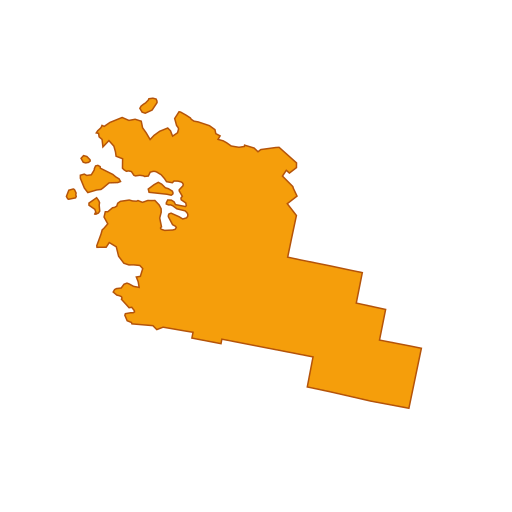 Hancock, Maine, United States of America, rotated 112°
{"feature_id": "52423323B62480653230445", "entity_name": "Hancock", "entity_type": "district", "adm_level": 2, "iso_a3": "USA", "parent_name": "United States of America", "parent_adm1": "Maine", "projection": "orthographic", "projection_center": [-68.461, 44.676], "detail": "fine", "context": "isolated", "style": "filled", "palette": "amber", "viewbox_px": 512, "rotation_deg": 112, "n_neighbors": 0, "source": "geoboundaries", "source_scale": "gbopen_adm2", "svg_char_len": 3988}
<svg xmlns="http://www.w3.org/2000/svg" viewBox="0 0 512 512"><g transform="rotate(112 256 256)"><path d="M339.9,57.2L279.6,68.1L281.6,78.9L287.7,110.0L257.0,115.8L262.1,145.4L231.6,151.2L233.9,163.8L237.2,182.7L238.4,189.1L242.9,212.9L245.2,226.2L224.9,229.9L203.3,233.7L195.8,246.6L185.1,240.4L179.4,246.6L177.8,247.9L172.0,261.4L165.2,260.0L166.6,256.1L158.9,251.6L154.5,253.3L146.6,275.3L148.0,278.3L155.5,291.4L158.6,293.2L156.6,298.2L157.5,308.1L158.8,307.8L161.6,312.5L163.3,320.2L162.0,325.7L161.5,329.6L162.1,334.9L158.1,334.3L157.6,339.1L154.2,341.4L152.6,348.0L153.3,359.4L153.3,359.7L154.2,364.1L153.7,366.4L153.5,367.3L152.6,368.5L151.6,373.6L150.8,379.8L151.1,381.4L159.0,382.9L164.8,378.5L166.1,376.3L167.2,375.4L171.1,374.9L176.1,378.2L174.2,380.1L172.0,382.1L170.4,385.8L176.4,392.0L182.3,395.7L187.7,397.8L183.0,403.9L179.6,409.2L174.0,412.9L174.5,419.3L177.9,424.6L177.7,432.0L186.8,441.4L192.7,445.3L192.6,447.7L194.3,447.7L195.6,448.0L198.6,449.4L199.2,449.7L201.7,450.2L201.3,447.9L204.3,446.1L205.6,442.4L212.2,438.8L204.1,435.6L207.4,428.9L212.1,425.3L215.9,423.1L215.8,416.1L218.7,415.0L224.6,412.7L225.5,410.7L226.0,407.9L224.8,406.0L224.4,403.1L226.9,399.5L226.9,397.8L224.7,394.0L223.8,390.4L224.0,389.1L222.2,385.8L217.9,385.5L216.0,383.0L215.4,381.3L215.3,379.7L216.2,374.3L218.5,369.8L220.6,366.8L219.4,361.0L217.2,360.1L215.8,356.4L215.4,353.2L215.7,351.6L216.8,350.3L218.2,350.0L223.3,352.0L224.4,351.6L228.2,346.7L230.4,347.3L231.9,346.4L233.1,341.0L235.4,339.5L236.6,340.0L238.5,349.9L236.5,352.2L235.9,355.4L237.1,358.8L240.1,359.1L241.4,358.7L241.4,356.2L240.6,354.4L240.6,352.0L241.9,347.1L240.7,338.7L241.6,336.4L242.8,334.9L244.6,334.2L245.9,334.5L246.7,334.7L249.1,337.8L248.4,342.1L248.1,350.8L249.5,352.4L251.0,352.5L252.4,352.0L258.2,345.1L258.6,341.8L259.4,340.6L261.5,340.9L263.2,343.1L263.5,343.8L266.5,350.3L266.7,353.9L266.2,354.8L265.3,355.1L264.4,354.5L256.9,359.5L250.9,360.3L247.7,361.7L244.9,365.0L242.4,370.5L243.6,373.3L245.1,377.2L247.6,380.0L248.8,381.4L248.8,386.2L250.0,387.4L251.2,391.1L251.6,394.5L256.1,402.2L258.9,404.0L261.9,403.8L263.9,405.3L265.0,407.1L270.5,410.0L271.4,412.3L276.8,411.5L281.7,405.5L287.4,407.4L289.4,408.4L293.7,407.9L306.1,407.5L307.5,406.7L304.0,398.2L298.5,397.1L299.6,390.4L299.8,389.0L307.7,383.3L312.2,375.8L311.9,370.6L310.0,366.0L308.3,360.2L309.2,358.2L310.1,356.3L318.2,355.6L320.3,359.1L324.0,355.6L328.9,352.6L330.0,358.1L329.4,363.4L329.5,365.5L331.6,367.8L336.2,369.0L338.5,373.2L340.1,374.5L342.9,374.9L344.4,370.4L344.0,367.8L344.1,365.5L345.2,364.5L346.5,364.6L351.5,354.3L350.1,352.0L352.2,348.4L353.4,347.7L354.7,348.7L355.6,351.0L358.4,355.5L360.1,355.4L364.3,351.2L364.3,346.6L365.4,345.6L359.2,325.5L361.4,320.4L356.8,315.5L351.9,292.8L350.3,285.8L356.1,284.7L355.0,279.0L350.4,255.6L345.9,256.5L328.2,165.3L331.4,164.7L358.2,159.4L354.1,136.2L347.5,94.9L339.9,57.2ZM231.5,434.0L231.2,436.6L232.6,438.5L235.5,438.6L236.7,438.2L242.4,439.1L244.7,443.1L244.4,445.9L246.9,449.1L249.7,448.0L257.3,440.6L260.2,435.7L254.4,428.4L252.4,424.7L250.4,423.4L243.2,419.6L239.7,411.7L237.7,409.5L235.8,411.8L235.2,415.6L234.0,419.3L232.9,433.2L231.5,434.0ZM224.7,370.4L224.3,374.2L228.0,377.2L234.3,381.0L237.0,379.0L232.1,361.7L231.4,357.4L229.9,356.4L228.7,356.5L227.2,357.8L226.4,362.5L226.7,365.6L224.7,370.4ZM147.9,407.4L148.3,410.7L150.3,414.2L152.0,414.3L153.8,415.1L155.4,415.7L157.3,417.1L160.1,418.7L162.6,419.0L165.3,415.5L165.1,412.2L159.6,407.0L151.4,405.3L150.9,405.2L149.4,405.9L147.9,407.4ZM263.6,422.6L261.7,425.6L269.5,430.7L271.5,429.9L273.1,422.9L275.9,420.5L276.6,421.3L277.5,421.2L277.2,420.1L275.2,418.2L272.9,417.7L267.5,420.5L265.2,421.0L263.6,422.6ZM262.3,449.9L262.3,450.5L265.1,454.2L271.8,454.1L273.5,452.0L273.6,451.0L269.7,445.1L268.1,445.0L266.8,446.0L265.0,446.4L262.6,449.0L262.3,449.9ZM227.1,450.1L227.5,453.5L231.0,454.8L233.8,451.3L233.5,448.8L231.9,446.3L230.0,445.3L228.9,446.0L227.1,450.1Z" fill="#f59e0b" stroke="#b45309" stroke-width="1.5"/></g></svg>